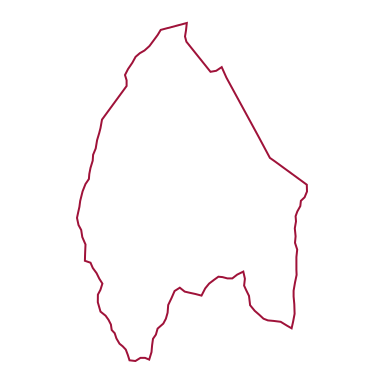 the district of Teodoro Sampaio, Bahia, Brazil
{"feature_id": "56859067B12292391578023", "entity_name": "Teodoro Sampaio", "entity_type": "district", "adm_level": 2, "iso_a3": "BRA", "parent_name": "Brazil", "parent_adm1": "Bahia", "projection": "equal_earth", "projection_center": [-38.617, -12.264], "detail": "fine", "context": "isolated", "style": "outline", "palette": "rose", "viewbox_px": 384, "rotation_deg": 0, "n_neighbors": 0, "source": "geoboundaries", "source_scale": "gbopen_adm2", "svg_char_len": 1640}
<svg xmlns="http://www.w3.org/2000/svg" viewBox="0 0 384 384"><path d="M221.7,67.1L216.2,70.8L210.5,71.8L186.4,41.7L185.0,36.5L186.0,30.4L186.8,23.0L160.7,29.9L157.7,34.9L153.5,40.6L149.4,46.1L144.5,50.5L139.8,53.2L135.6,56.8L132.3,62.8L128.0,69.1L125.0,75.0L126.6,80.3L126.6,86.0L102.0,119.6L100.5,128.0L99.2,133.1L97.1,140.1L95.7,148.5L93.1,154.8L92.7,160.7L90.5,167.9L89.3,174.0L88.9,179.0L85.5,184.0L82.6,191.3L80.2,200.9L79.4,206.9L78.3,211.8L77.0,217.9L78.5,225.0L81.2,230.0L82.3,237.1L85.5,244.5L85.1,253.8L84.9,260.8L90.5,262.7L92.8,268.0L96.6,273.2L99.3,278.7L102.4,283.6L100.4,289.9L97.9,294.6L97.8,302.2L100.5,311.6L105.6,315.7L108.5,319.8L110.9,324.5L111.7,330.0L114.7,333.2L116.4,338.4L119.5,343.7L122.7,346.3L125.8,349.6L127.8,354.9L129.5,360.3L135.4,361.0L140.4,357.9L145.1,357.9L149.2,359.6L151.5,352.1L152.1,345.3L153.0,338.8L155.9,334.6L157.6,328.6L163.3,323.6L165.9,318.7L167.6,312.7L168.2,305.0L171.5,298.1L174.6,291.0L179.8,287.7L184.7,291.6L189.4,292.7L195.4,294.0L201.5,295.6L205.2,288.4L209.1,283.6L213.8,280.0L218.4,276.7L222.5,277.1L227.4,278.4L232.3,278.4L237.2,274.6L243.3,271.6L244.9,278.7L244.1,285.6L246.2,290.2L249.0,295.9L250.1,305.2L254.7,310.8L259.3,314.8L263.5,318.7L267.9,320.4L273.4,320.9L280.7,321.8L286.9,325.6L291.6,328.3L293.1,321.7L294.6,313.8L294.3,304.2L293.6,296.5L293.6,290.7L295.0,282.6L296.6,274.9L296.4,269.7L296.4,264.2L296.4,257.1L297.2,249.6L295.0,242.8L295.6,236.3L294.8,228.3L296.0,221.4L295.6,216.2L297.3,211.5L300.3,206.1L300.9,200.8L304.6,197.3L307.0,191.5L306.8,184.7L274.2,160.9L269.9,157.9L258.2,136.0L226.4,77.6L221.7,67.1Z" fill="none" stroke="#9f1239" stroke-width="2"/></svg>